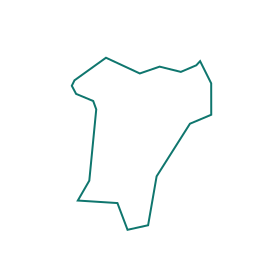 the Metropolitan Borough of Walsall, rotated 296°
{"feature_id": "GBR-5694", "entity_name": "Walsall", "entity_type": "Metropolitan Borough", "adm_level": 1, "iso_a3": "GBR", "parent_name": "United Kingdom", "parent_adm1": "", "projection": "robinson", "projection_center": [-1.949, 52.606], "detail": "fine", "context": "isolated", "style": "outline", "palette": "teal", "viewbox_px": 256, "rotation_deg": 296, "n_neighbors": 0, "source": "natural_earth", "source_scale": "10m", "svg_char_len": 405}
<svg xmlns="http://www.w3.org/2000/svg" viewBox="0 0 256 256"><g transform="rotate(296 128 128)"><path d="M36.3,172.2L55.9,151.4L40.8,114.7L63.7,116.3L130.8,91.3L137.0,84.9L135.9,66.4L141.3,59.0L147.4,59.0L181.5,77.4L182.2,114.7L197.0,129.5L201.6,150.9L214.3,161.9L219.7,163.5L204.6,183.2L176.4,197.0L159.0,181.8L97.1,174.9L49.4,188.7L36.3,172.2Z" fill="none" stroke="#0f766e" stroke-width="2"/></g></svg>